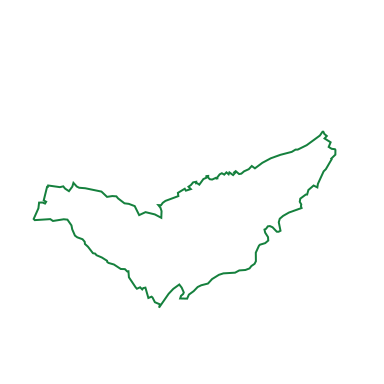 the district of Cork City South West Lea-7, Cork, Ireland, rotated 141°
{"feature_id": "5873133B2000011981509", "entity_name": "Cork City South West Lea-7", "entity_type": "district", "adm_level": 2, "iso_a3": "IRL", "parent_name": "Ireland", "parent_adm1": "Cork", "projection": "orthographic", "projection_center": [-8.54, 51.864], "detail": "fine", "context": "isolated", "style": "outline", "palette": "green", "viewbox_px": 384, "rotation_deg": 141, "n_neighbors": 0, "source": "geoboundaries", "source_scale": "gbopen_adm2", "svg_char_len": 2442}
<svg xmlns="http://www.w3.org/2000/svg" viewBox="0 0 384 384"><g transform="rotate(141 192 192)"><path d="M331.9,269.1L319.2,260.1L318.3,257.0L308.8,251.5L306.2,248.9L306.7,241.9L308.6,238.3L310.4,231.8L309.7,229.0L306.8,224.2L306.7,220.9L307.9,219.0L307.3,215.0L307.5,206.8L306.0,205.0L306.0,203.0L303.3,197.9L301.3,192.0L301.9,191.0L301.5,189.4L298.3,184.8L295.8,177.0L292.7,174.3L292.3,170.9L291.3,170.4L294.7,165.4L295.8,153.4L295.7,151.5L292.3,150.6L292.0,147.6L290.3,148.0L288.4,147.0L292.6,137.1L289.3,136.1L289.1,134.8L290.2,129.7L287.6,124.8L290.4,122.9L274.2,127.6L267.5,128.5L260.1,128.1L260.2,124.2L261.6,119.1L263.1,118.3L265.9,118.2L268.2,116.7L262.9,112.2L259.0,114.2L253.1,113.9L247.4,114.6L243.5,113.7L237.2,110.8L231.2,111.7L223.2,110.7L218.8,109.0L209.3,102.2L204.6,101.3L199.6,97.8L195.4,96.4L192.5,97.1L188.6,96.8L185.9,98.0L180.6,104.7L173.8,108.1L172.4,108.3L167.3,106.2L163.3,106.3L161.3,109.1L160.7,114.4L159.3,117.2L157.6,116.8L154.7,117.6L152.9,116.5L151.6,113.9L151.1,107.8L149.7,106.6L147.6,106.2L143.6,113.9L140.6,116.0L136.2,116.1L129.5,115.0L116.9,110.6L116.3,112.4L114.9,113.6L114.4,116.6L112.0,118.7L105.1,118.4L104.1,117.6L100.3,120.3L93.4,120.5L91.7,116.7L89.0,119.1L76.7,125.2L73.6,125.5L62.8,129.6L62.8,130.3L57.1,130.8L54.1,134.4L54.0,135.3L56.3,137.7L57.4,141.0L53.0,143.4L55.3,150.2L52.0,150.7L52.6,153.8L52.0,156.2L52.6,156.7L57.1,155.4L73.4,156.2L83.1,158.4L84.9,159.8L89.2,160.4L100.0,165.3L109.5,168.6L118.9,170.4L128.2,170.8L129.2,174.6L133.5,174.0L138.5,175.3L142.1,175.2L144.1,176.3L144.9,180.7L146.9,180.7L146.7,179.7L149.4,179.3L150.6,183.7L152.4,182.7L152.9,185.6L156.0,185.2L157.0,187.8L159.4,188.3L163.2,187.4L163.7,186.6L164.6,187.1L164.6,188.0L168.5,189.0L170.1,190.7L170.4,193.1L169.3,194.3L170.8,195.3L172.1,194.1L175.0,194.9L181.7,193.1L182.5,195.7L183.3,196.2L182.3,197.3L185.1,198.8L188.3,198.1L191.4,198.3L191.1,195.0L195.9,196.9L195.6,199.1L203.5,200.2L205.2,197.4L218.2,201.8L221.5,202.0L224.4,201.2L226.4,203.0L226.4,199.7L227.7,196.3L232.1,191.3L235.0,198.0L240.8,205.6L247.6,207.3L245.4,217.1L248.6,222.6L251.6,225.7L253.5,233.6L253.5,236.2L256.5,239.0L261.1,241.7L262.1,249.3L272.6,262.1L277.0,266.3L278.1,268.7L278.4,273.7L281.6,271.5L287.1,270.1L288.5,274.5L288.5,277.4L291.6,278.9L299.7,287.6L300.9,286.7L301.4,287.2L312.5,278.8L311.5,276.2L313.5,275.5L314.8,277.9L317.5,280.0L321.6,276.0L332.0,270.7L331.9,269.1Z" fill="none" stroke="#15803d" stroke-width="2"/></g></svg>